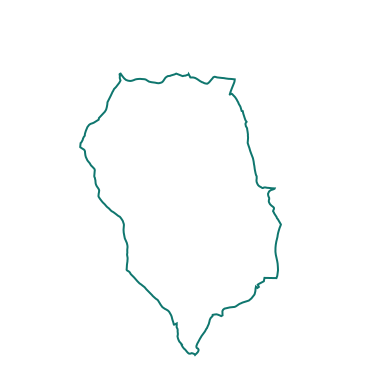 Busbanzá, Boyacá, Colombia (Natural Earth projection), rotated 327°
{"feature_id": "7082276B89812106574941", "entity_name": "Busbanzá", "entity_type": "district", "adm_level": 2, "iso_a3": "COL", "parent_name": "Colombia", "parent_adm1": "Boyacá", "projection": "natural_earth1", "projection_center": [-72.875, 5.843], "detail": "fine", "context": "isolated", "style": "outline", "palette": "teal", "viewbox_px": 384, "rotation_deg": 327, "n_neighbors": 0, "source": "geoboundaries", "source_scale": "gbopen_adm2", "svg_char_len": 6042}
<svg xmlns="http://www.w3.org/2000/svg" viewBox="0 0 384 384"><g transform="rotate(327 192 192)"><path d="M253.4,91.4L253.2,91.6L249.8,90.8L248.9,90.3L248.2,90.0L247.4,89.8L247.1,89.5L245.9,87.8L244.4,85.7L243.2,84.1L242.9,84.1L241.5,83.9L237.8,82.8L237.0,82.7L234.7,81.6L234.2,81.6L233.0,81.6L232.0,81.7L230.5,82.3L228.7,83.1L227.5,83.5L226.4,83.6L225.1,83.3L223.4,82.7L222.1,81.7L220.6,80.2L217.9,77.9L216.9,76.9L216.0,75.9L214.4,72.4L213.4,71.4L211.4,69.9L210.0,68.8L208.4,67.9L207.0,67.2L205.6,66.7L204.3,66.5L202.7,66.1L201.6,65.7L200.6,65.2L199.0,63.8L197.7,62.1L197.0,59.8L196.7,56.8L196.6,53.8L196.2,53.7L195.6,53.7L195.4,53.8L194.7,55.4L193.8,56.6L193.4,57.3L192.9,59.0L192.7,59.6L190.5,60.8L185.4,62.6L182.7,63.2L180.9,64.3L180.0,64.7L176.3,67.0L170.0,70.7L168.6,72.5L166.7,74.5L164.9,76.1L162.7,77.2L154.2,79.3L153.7,79.9L153.1,80.5L147.5,80.4L146.2,80.2L144.4,79.7L143.1,79.6L142.1,79.7L139.4,80.7L138.8,81.2L136.4,82.8L134.0,84.8L133.2,85.7L133.0,86.1L132.3,86.6L131.4,86.8L129.6,87.9L128.8,88.7L127.6,89.4L126.0,90.2L125.2,90.3L122.7,93.4L122.7,93.7L123.9,96.4L124.4,97.4L124.6,98.2L124.4,99.6L123.8,100.6L122.6,103.1L122.0,104.9L121.8,106.4L121.5,108.6L121.7,110.6L121.9,112.0L121.8,114.2L121.8,114.8L122.1,116.1L122.6,118.7L122.7,119.7L122.6,120.0L122.4,120.7L121.2,122.2L119.5,124.4L118.7,125.4L118.4,126.1L118.2,127.4L117.9,128.0L117.3,129.7L116.6,130.9L115.8,132.5L115.5,133.6L115.3,135.0L115.3,136.4L115.4,138.2L115.1,140.0L113.9,141.5L112.9,142.5L112.1,143.5L111.3,144.5L111.1,145.4L111.1,147.6L111.3,150.3L111.5,152.1L112.1,154.7L112.5,157.7L112.8,158.9L113.3,160.2L113.9,163.4L114.2,164.4L115.1,166.1L116.2,169.1L117.0,171.5L117.5,172.6L117.9,173.2L118.1,174.2L118.2,175.8L118.2,178.5L117.7,180.4L117.3,181.9L116.7,182.9L114.0,186.4L112.6,188.9L111.1,192.5L110.4,194.3L109.8,198.0L109.6,199.2L109.1,200.6L108.9,201.2L108.4,202.3L107.7,203.4L106.3,205.1L105.2,206.8L104.7,207.7L103.7,208.8L103.3,209.4L103.0,210.1L102.1,212.2L101.3,213.4L101.0,213.7L100.0,215.1L97.9,217.5L95.6,220.6L94.8,221.6L94.8,222.3L95.0,222.8L95.7,224.2L96.0,225.1L96.0,225.9L96.0,226.9L95.9,227.5L96.3,229.3L96.9,232.1L97.4,235.6L97.6,237.1L97.8,238.0L98.2,240.0L99.2,242.4L99.3,242.9L100.1,245.2L100.2,245.5L100.4,246.1L100.7,248.7L102.4,257.0L102.4,257.6L102.9,259.5L103.5,261.7L103.9,262.6L104.3,263.6L104.5,264.6L104.4,265.2L104.4,266.9L104.3,269.5L104.4,270.8L104.4,271.7L104.5,272.4L104.9,273.5L105.7,275.4L106.2,276.2L107.2,278.2L107.5,279.5L107.6,280.2L107.4,283.7L107.1,285.3L106.0,288.5L105.3,291.2L104.6,293.2L104.6,293.4L104.9,293.6L106.6,293.8L107.6,293.9L107.4,294.2L107.2,294.6L105.6,296.8L105.4,297.4L105.3,298.8L105.0,299.5L104.6,300.3L104.0,301.1L103.7,301.7L103.3,302.5L102.8,303.4L102.1,304.3L101.3,305.0L100.5,307.1L100.1,309.0L99.9,310.5L100.4,313.7L100.4,314.5L100.0,314.5L99.8,316.6L99.9,317.9L100.0,319.1L100.4,320.2L100.5,321.1L100.6,321.6L100.7,323.0L101.0,324.7L101.4,325.8L102.1,326.4L102.5,326.6L103.0,326.8L103.8,326.9L104.6,327.6L104.8,327.9L105.1,328.3L105.6,329.0L105.8,329.8L105.8,330.3L106.9,330.0L107.6,330.0L108.5,329.7L109.2,329.6L110.3,329.1L111.2,328.4L111.7,327.6L111.7,326.6L111.2,325.8L111.1,325.1L111.3,324.3L111.9,323.5L113.8,322.1L115.9,321.0L118.2,319.7L121.6,318.0L126.9,316.0L129.6,314.5L130.3,314.4L131.0,313.8L131.5,313.6L132.0,313.2L134.1,311.9L136.1,310.1L137.2,309.0L138.9,307.9L141.7,307.2L142.2,306.4L142.4,306.3L144.1,307.0L145.9,307.9L147.0,309.1L148.0,310.5L148.9,312.0L150.4,312.1L152.6,308.5L153.9,307.7L154.6,307.6L155.7,307.5L160.9,309.4L165.2,311.6L166.6,311.8L170.8,311.7L173.0,312.1L174.0,312.2L180.5,314.0L183.9,313.6L188.6,312.0L189.4,311.3L191.2,309.6L192.8,307.5L194.1,306.2L194.6,308.1L196.4,308.0L196.7,305.5L198.0,305.5L203.6,306.0L206.0,303.5L215.9,310.2L217.8,308.8L221.5,304.5L223.1,301.8L224.8,298.7L225.8,296.4L226.9,293.5L228.1,290.3L229.4,287.6L231.6,284.3L233.5,281.9L235.7,279.5L238.8,276.6L239.3,276.1L240.6,274.6L241.9,273.3L243.1,272.2L245.7,270.0L248.5,268.0L248.9,267.6L249.2,261.3L249.0,260.6L249.1,259.7L249.3,259.1L249.3,254.8L249.4,254.1L249.5,253.9L249.5,252.3L249.6,252.2L250.3,251.6L251.0,251.2L251.4,250.9L251.9,250.3L252.1,249.8L252.0,248.9L251.8,248.3L251.2,246.7L250.8,244.7L250.8,244.2L250.9,243.5L251.0,242.6L251.3,241.7L251.6,241.3L252.3,240.4L252.8,240.1L253.5,239.0L253.7,237.5L254.0,236.5L254.4,235.6L254.8,234.9L255.4,234.5L256.8,233.6L257.3,233.5L258.1,233.4L259.0,233.4L259.8,233.5L261.0,233.9L262.0,234.1L263.0,234.2L263.3,234.0L262.0,233.1L260.7,232.1L258.5,230.3L257.3,229.4L256.8,228.9L256.1,228.2L255.3,227.7L255.0,227.5L253.7,227.3L253.2,227.0L252.9,226.4L252.7,226.0L252.5,225.5L251.6,223.9L251.4,223.1L251.2,222.4L251.3,220.6L251.7,218.7L252.5,217.2L253.6,215.9L254.8,214.0L254.9,212.8L255.4,211.2L255.7,210.4L256.7,207.9L257.3,206.5L257.9,205.3L258.6,203.8L259.1,202.5L260.2,200.2L261.2,197.7L261.6,196.5L261.9,195.0L262.7,191.3L263.2,189.2L263.6,187.9L264.1,186.3L264.4,185.0L264.7,183.8L265.4,181.2L268.3,177.4L268.9,176.5L269.4,175.4L270.2,174.3L271.4,171.8L272.4,169.5L272.9,168.6L272.9,168.2L273.0,167.7L273.0,166.2L273.2,165.8L273.8,164.2L274.3,163.6L275.2,163.2L276.0,162.9L275.9,161.6L276.0,160.6L276.4,158.9L277.7,154.2L278.6,151.8L277.8,151.1L279.0,147.0L279.1,146.5L279.2,144.0L279.3,143.0L279.5,142.4L279.6,142.0L279.6,140.7L279.7,140.1L279.8,138.9L279.8,136.1L279.5,134.3L279.2,132.8L279.1,131.9L278.7,131.2L277.8,131.0L277.3,131.0L276.8,130.8L276.8,130.7L279.0,128.9L281.7,126.9L286.7,123.4L287.7,122.6L288.5,121.7L289.2,120.8L286.9,118.9L285.3,117.7L284.3,117.0L282.3,115.3L282.0,115.0L280.7,113.8L279.4,112.8L275.5,109.6L274.8,108.8L274.5,108.4L274.1,108.0L273.5,107.6L272.4,107.4L271.7,107.6L271.3,107.8L270.8,108.0L270.2,108.1L268.6,108.6L267.9,108.8L267.0,109.1L265.7,109.4L264.6,109.5L263.9,109.5L263.4,109.2L262.7,108.6L261.9,107.8L261.2,106.8L260.7,105.8L260.3,105.5L259.5,104.0L259.0,103.0L258.7,102.2L258.0,100.5L256.9,98.3L255.8,97.0L255.0,96.3L253.3,95.3L253.0,94.9L253.1,94.7L253.2,93.9L253.2,93.5L253.2,93.0L253.2,92.5L253.4,91.6L253.4,91.4Z" fill="none" stroke="#0f766e" stroke-width="2"/></g></svg>